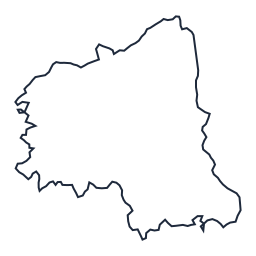 the district of Boituva, São Paulo, Brazil
{"feature_id": "56859067B19813676831421", "entity_name": "Boituva", "entity_type": "district", "adm_level": 2, "iso_a3": "BRA", "parent_name": "Brazil", "parent_adm1": "São Paulo", "projection": "orthographic", "projection_center": [-47.684, -23.285], "detail": "fine", "context": "isolated", "style": "outline", "palette": "slate", "viewbox_px": 256, "rotation_deg": 0, "n_neighbors": 0, "source": "geoboundaries", "source_scale": "gbopen_adm2", "svg_char_len": 2395}
<svg xmlns="http://www.w3.org/2000/svg" viewBox="0 0 256 256"><path d="M204.0,223.6L207.4,220.4L212.4,219.1L217.1,221.0L220.7,224.0L223.3,227.3L226.6,224.5L230.1,222.6L235.6,221.7L237.6,215.8L240.6,210.2L240.0,202.9L239.5,197.3L236.6,193.3L231.1,190.3L227.5,188.3L222.9,184.4L220.0,181.0L217.9,177.8L213.8,174.3L212.2,170.2L215.0,164.6L213.3,160.6L210.9,157.7L209.3,154.5L203.2,149.5L202.5,145.2L204.2,140.7L206.4,137.1L204.2,133.4L202.1,130.5L202.7,126.9L206.0,124.1L208.4,118.1L209.7,113.8L205.0,112.1L201.2,109.5L197.9,107.2L196.5,100.7L197.2,94.7L196.0,87.3L196.0,80.4L197.9,75.9L198.2,70.3L193.5,35.0L191.8,32.0L186.8,28.1L182.1,29.3L180.6,25.7L180.3,20.3L179.1,16.7L175.8,16.4L172.7,19.3L167.7,20.1L163.6,19.0L160.9,21.2L155.9,24.2L150.2,27.9L147.0,29.2L144.9,33.5L141.7,36.5L138.9,40.6L135.5,43.1L130.9,45.3L127.2,48.2L124.2,50.7L119.7,50.3L113.9,54.0L112.7,50.3L109.4,48.4L102.9,46.2L99.1,44.4L96.0,49.0L97.2,53.2L98.9,59.5L94.1,61.2L87.8,63.6L84.5,65.6L80.9,67.5L77.0,65.3L73.6,64.5L70.6,63.2L64.3,62.8L60.1,62.9L56.2,62.1L53.0,64.3L51.4,67.2L49.0,72.0L45.2,75.2L40.3,76.1L35.4,77.1L32.7,80.0L29.6,84.0L26.7,86.5L24.4,89.1L26.0,92.7L21.8,95.3L18.3,98.2L15.4,102.0L17.6,105.0L22.4,101.9L28.7,102.8L24.5,112.3L28.5,115.5L25.7,121.8L31.7,123.7L35.4,125.9L30.5,127.5L26.5,129.5L26.0,134.9L22.4,134.9L20.7,137.9L23.8,140.1L26.2,142.5L29.3,144.4L29.4,147.8L33.4,148.4L29.5,152.3L30.2,157.1L26.4,160.9L22.1,163.3L17.7,163.7L15.7,168.4L19.2,172.2L23.2,174.5L28.3,179.2L31.2,176.9L32.7,173.6L36.2,171.5L39.1,175.2L39.3,179.0L38.6,182.7L38.7,187.6L39.6,190.9L42.2,188.3L46.1,186.2L49.5,182.5L53.0,181.4L55.6,184.9L57.6,182.1L60.8,181.9L62.4,184.9L67.4,185.1L72.1,184.9L73.6,188.5L76.1,193.0L78.0,197.1L82.8,195.5L84.9,191.6L87.6,189.4L89.3,182.4L93.2,184.6L96.4,187.8L101.7,188.3L107.1,187.9L109.9,184.4L112.3,181.7L116.4,182.7L119.5,185.3L122.1,190.3L121.8,195.2L123.6,199.8L125.5,202.7L129.8,205.8L132.5,210.7L127.7,215.2L128.2,221.3L129.6,226.6L132.7,230.1L137.7,229.4L139.4,232.9L141.1,236.4L142.5,239.6L145.9,238.1L146.2,233.1L150.3,229.6L154.5,230.5L158.6,229.9L159.8,224.7L165.1,219.7L168.0,223.0L171.6,226.2L175.9,225.8L182.9,224.9L187.7,226.0L191.1,224.9L194.8,224.3L192.5,220.1L197.6,216.1L202.3,216.1L200.4,220.9L204.0,223.6ZM24.5,112.3L20.9,109.5L17.8,109.7L19.5,112.9L24.5,112.3ZM204.0,223.6L200.8,226.4L203.3,230.5L204.0,223.6Z" fill="none" stroke="#1e293b" stroke-width="2"/></svg>